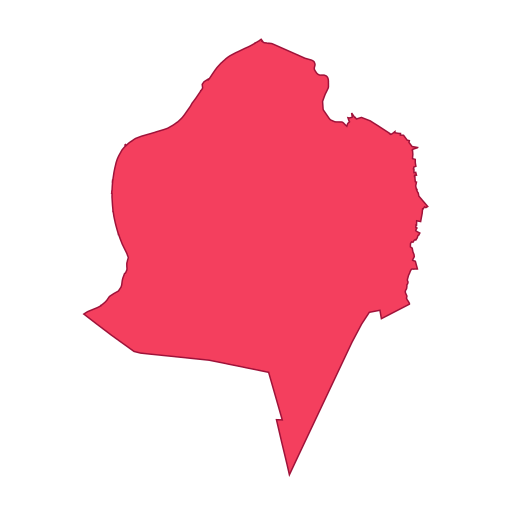 outline of Weert, Limburg, Netherlands, rotated 273°
{"feature_id": "6326949B44832169165427", "entity_name": "Weert", "entity_type": "district", "adm_level": 2, "iso_a3": "NLD", "parent_name": "Netherlands", "parent_adm1": "Limburg", "projection": "mercator", "projection_center": [5.712, 51.235], "detail": "fine", "context": "isolated", "style": "filled", "palette": "rose", "viewbox_px": 512, "rotation_deg": 273, "n_neighbors": 0, "source": "geoboundaries", "source_scale": "gbopen_adm2", "svg_char_len": 5895}
<svg xmlns="http://www.w3.org/2000/svg" viewBox="0 0 512 512"><g transform="rotate(273 256 256)"><path d="M189.0,87.1L180.0,100.1L169.2,116.0L154.3,139.2L153.0,145.8L152.4,156.8L149.5,214.6L140.5,274.7L93.7,290.8L93.6,285.0L72.1,291.2L50.2,297.7L39.3,300.8L57.7,308.3L175.0,356.4L193.7,365.1L205.7,372.1L208.3,382.6L200.0,384.5L215.9,411.7L216.3,411.6L216.8,411.7L217.8,410.9L218.1,410.8L218.5,410.6L220.1,409.3L220.5,409.1L221.2,408.7L221.6,408.5L222.0,408.6L222.8,408.6L223.2,408.7L223.6,408.8L223.9,408.8L225.1,408.2L225.4,408.0L225.9,407.8L226.2,407.6L226.3,407.5L227.3,407.1L228.0,407.0L228.3,406.9L229.9,407.3L230.3,407.6L230.8,407.9L231.4,408.1L232.4,408.2L234.2,408.3L234.8,408.1L235.2,408.2L235.8,408.6L236.3,408.9L236.6,409.0L237.3,409.1L238.0,409.2L238.6,408.9L239.1,408.6L240.1,408.4L240.9,408.5L243.1,409.0L243.6,409.1L245.2,409.5L246.2,410.0L247.4,410.4L248.7,410.8L249.8,411.3L250.7,411.8L250.9,412.0L251.1,412.6L251.2,413.2L251.2,413.7L251.1,414.2L251.3,415.0L251.4,416.5L251.4,417.5L251.5,417.9L259.1,415.4L259.8,412.8L259.9,412.6L260.0,412.6L260.3,412.6L260.5,412.7L263.6,414.1L265.8,413.7L268.3,412.5L272.0,411.6L273.2,409.7L276.2,409.6L276.7,409.7L278.2,410.6L278.0,412.0L280.0,413.2L280.3,413.6L280.7,414.1L280.3,414.7L280.7,415.1L281.4,415.3L282.4,416.0L283.1,416.2L284.1,416.4L285.1,416.8L285.3,417.4L287.5,418.4L288.7,415.7L289.7,414.2L290.5,414.3L291.8,415.0L291.9,414.8L292.4,415.2L293.1,414.0L295.4,414.2L295.3,414.7L299.6,414.6L299.0,418.6L307.2,419.7L311.9,419.9L311.8,420.5L313.9,421.7L313.2,423.1L314.4,424.9L324.3,415.5L327.5,414.7L327.9,414.2L329.7,413.3L330.8,413.3L330.7,412.8L334.3,411.8L338.2,412.4L338.5,411.2L342.4,410.6L343.4,410.6L343.5,410.1L344.9,410.1L345.1,412.0L347.9,411.1L347.5,409.4L348.5,409.3L350.9,409.2L351.2,408.6L352.1,408.9L352.4,408.9L352.8,408.9L353.1,409.0L354.0,411.0L355.6,410.6L357.5,410.2L360.7,410.0L360.8,410.0L361.4,407.3L361.5,407.2L365.8,407.3L366.5,407.2L369.5,406.8L369.8,406.6L369.9,406.4L370.0,406.4L370.5,407.0L370.8,407.1L372.6,411.6L372.8,411.7L373.5,406.1L375.9,404.1L377.4,402.8L379.2,403.1L379.6,400.9L384.2,397.1L384.3,396.9L384.3,393.8L385.9,393.9L385.9,392.3L386.0,391.2L386.2,389.5L386.4,388.1L387.5,388.2L387.3,387.9L386.7,387.4L385.8,386.3L384.8,384.9L384.6,384.6L384.8,384.3L384.5,383.8L385.3,382.9L385.5,383.0L386.7,380.9L392.4,371.1L395.0,366.4L396.9,363.1L399.9,354.0L398.1,349.1L399.7,347.7L399.5,347.3L403.8,344.0L400.1,344.8L399.5,344.7L398.7,341.8L398.9,340.6L396.3,341.6L395.6,341.9L394.9,342.4L393.3,340.8L392.9,340.6L390.4,339.9L391.0,339.3L391.0,339.0L393.5,336.3L393.9,335.7L394.1,335.3L394.3,334.8L394.3,334.2L394.1,329.2L394.1,328.4L394.2,327.7L394.4,327.0L395.7,323.6L395.9,323.2L396.2,322.9L396.4,322.6L397.3,321.8L404.7,316.1L405.2,315.7L405.7,315.5L406.3,315.3L413.0,314.5L413.6,314.4L414.2,314.5L417.6,315.5L420.8,316.5L421.6,316.8L424.1,317.9L427.5,319.3L428.1,319.4L428.7,319.5L432.5,319.3L433.1,319.2L434.2,319.2L434.9,319.1L435.7,319.0L436.4,318.8L437.1,318.6L437.7,318.3L438.3,318.0L438.7,317.6L439.1,317.2L439.5,316.7L439.7,316.1L439.9,315.5L440.1,315.0L440.2,314.4L440.2,313.8L440.0,310.8L440.0,310.3L440.1,309.8L440.3,309.3L440.5,308.8L440.8,308.2L441.7,307.1L442.2,306.7L444.1,305.3L445.1,304.7L445.6,304.5L446.1,304.4L446.7,304.4L447.2,304.4L449.1,304.8L449.7,304.9L450.3,304.9L450.8,304.8L451.4,304.6L452.5,304.1L452.9,303.9L453.2,303.6L453.5,303.2L453.9,302.6L454.2,301.9L454.5,301.2L454.7,300.5L454.8,300.0L456.2,293.9L456.3,293.9L456.5,293.4L468.0,263.3L468.8,261.1L468.9,260.7L469.0,260.3L469.1,258.9L469.0,259.0L469.0,257.5L469.0,256.6L469.3,255.4L469.4,253.0L470.5,251.2L470.7,250.9L470.8,250.7L470.9,250.8L471.1,251.1L472.7,249.8L472.4,249.4L471.1,247.9L470.4,246.8L469.4,245.3L468.7,243.9L468.5,244.0L465.7,239.6L464.4,237.3L462.7,233.9L461.8,232.3L461.6,231.9L459.6,228.3L458.9,227.0L458.1,225.4L454.7,219.7L452.8,217.2L451.2,215.4L450.1,214.4L448.7,212.9L447.9,212.2L446.8,211.0L444.6,209.2L442.9,207.8L442.0,207.1L439.3,205.3L435.2,202.8L433.8,202.0L430.8,200.2L430.0,199.6L429.5,199.1L430.1,198.9L427.3,195.0L424.6,193.3L421.0,193.9L419.4,193.2L418.9,192.8L418.6,192.6L418.3,192.2L418.1,192.3L410.3,187.6L406.4,185.0L405.6,184.4L403.4,183.3L402.3,182.8L395.3,178.4L392.9,176.9L391.8,176.1L390.5,175.2L388.8,173.7L386.9,171.9L385.3,170.3L385.2,169.8L384.4,169.0L382.9,167.1L381.9,165.7L380.7,163.8L379.2,161.5L378.7,160.5L378.2,159.3L377.4,157.3L374.7,149.7L374.3,148.8L374.1,148.3L373.5,146.5L372.8,144.6L371.9,141.9L371.0,139.3L369.7,135.5L368.3,132.3L367.1,129.6L366.7,129.0L365.9,127.9L364.3,125.9L364.0,125.7L363.9,125.5L364.0,125.4L363.3,124.5L363.0,124.1L361.9,122.8L359.8,120.8L360.5,119.8L359.9,119.3L359.1,120.1L358.2,119.2L357.1,118.3L355.9,117.4L354.8,116.6L349.7,114.1L348.4,113.5L345.8,112.5L344.5,112.1L341.8,111.4L339.0,110.9L336.3,110.4L332.2,109.8L328.1,109.4L323.8,109.0L323.9,108.8L322.2,108.7L322.1,108.9L318.3,108.8L315.6,108.8L313.9,108.8L313.5,108.6L311.5,108.7L311.1,108.5L310.6,109.0L307.4,109.1L304.8,109.4L301.2,109.8L298.7,110.1L294.7,110.7L292.8,110.8L292.7,111.1L288.2,112.0L285.9,112.6L281.5,113.8L278.9,114.6L275.0,115.9L272.2,116.9L270.4,117.4L270.5,117.6L266.0,119.5L260.9,121.8L257.3,123.8L252.5,126.5L251.3,127.1L250.0,127.6L248.8,128.2L247.6,128.6L244.9,127.9L244.5,127.9L242.7,127.5L242.0,127.4L241.2,127.4L239.8,127.5L238.4,127.6L237.1,127.8L235.8,127.8L234.7,127.6L234.2,127.3L233.0,126.9L232.1,126.5L232.0,126.4L231.9,126.1L231.8,125.9L231.7,125.7L231.2,125.5L229.8,125.1L227.0,124.2L225.5,123.9L224.1,123.7L221.4,123.5L220.1,123.4L218.8,123.1L217.6,122.7L213.8,120.4L212.6,118.5L211.1,116.1L208.7,112.8L208.0,111.9L206.9,111.1L206.5,110.9L205.7,110.4L204.5,109.7L203.4,108.9L202.3,108.0L201.3,107.0L200.4,106.0L199.4,104.9L198.5,103.8L198.5,103.5L198.3,103.4L198.1,103.6L197.6,102.8L196.9,101.6L196.2,100.4L191.9,91.3L191.2,90.1L190.4,89.0L189.6,87.9L189.0,87.1Z" fill="#f43f5e" stroke="#9f1239" stroke-width="1.5"/></g></svg>